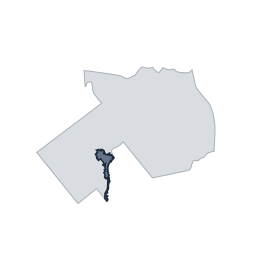 Las Cruces, Petén, Guatemala shown in context, rotated 231°
{"feature_id": "79465075B61221719902426", "entity_name": "Las Cruces", "entity_type": "district", "adm_level": 2, "iso_a3": "GTM", "parent_name": "Guatemala", "parent_adm1": "Petén", "projection": "natural_earth1", "projection_center": [-90.704, 16.86], "detail": "fine", "context": "in_parent", "style": "filled", "palette": "slate", "viewbox_px": 256, "rotation_deg": 231, "n_neighbors": 0, "source": "geoboundaries", "source_scale": "gbopen_adm2", "svg_char_len": 5538}
<svg xmlns="http://www.w3.org/2000/svg" viewBox="0 0 256 256"><g transform="rotate(231 128 128)"><path d="M55.7,180.2L56.6,179.1L57.4,176.6L58.4,174.0L57.8,171.0L57.5,168.6L58.6,165.1L58.5,162.5L59.0,160.8L60.7,159.8L61.5,157.8L56.9,150.8L56.9,149.3L57.5,147.3L61.3,139.9L65.8,131.1L70.8,121.4L73.8,115.6L84.7,115.6L91.9,115.6L101.1,115.6L111.0,115.6L117.6,115.6L120.3,115.5L119.8,111.7L120.2,107.5L121.4,103.7L121.4,102.0L119.4,99.9L115.6,98.8L113.5,96.9L113.5,94.6L112.6,91.8L110.8,88.6L107.0,85.2L101.2,81.8L96.3,77.2L92.3,71.5L88.9,67.7L86.2,66.2L85.6,65.4L93.3,65.4L100.6,65.5L100.7,57.2L100.7,49.9L100.8,41.6L114.0,41.6L129.7,41.6L146.1,41.7L158.9,41.7L166.5,41.7L166.1,52.0L165.8,63.9L165.5,72.6L165.1,84.3L164.7,96.2L164.2,112.5L163.9,123.0L164.1,123.3L168.4,122.8L174.7,123.2L176.3,123.2L178.2,124.1L179.7,124.4L183.0,126.8L186.8,128.6L189.2,124.9L187.9,122.8L187.0,121.6L187.1,120.7L200.3,130.0L198.8,131.5L195.4,134.8L189.3,140.5L183.9,145.6L178.7,150.3L173.9,154.5L173.4,154.9L167.4,157.8L166.4,159.2L165.1,165.1L164.5,166.6L165.6,169.9L166.7,174.9L166.4,177.6L162.2,180.8L160.3,183.7L159.5,185.6L158.7,185.1L157.5,185.0L154.5,185.7L153.1,185.9L151.9,186.7L151.7,188.5L152.5,191.5L152.8,193.0L152.0,193.7L148.3,195.5L146.9,197.3L145.5,200.0L143.9,201.1L142.3,200.9L141.1,201.3L138.5,203.3L134.7,207.3L132.7,210.2L132.6,212.4L133.0,214.4L119.1,207.4L114.5,206.2L95.0,206.4L86.7,203.7L77.1,198.4L70.7,193.6L55.7,180.2Z" fill="#d9dde1" stroke="#a8b0b8" stroke-width="1"/><path d="M87.9,65.6L84.4,65.6L84.6,66.3L84.7,66.5L84.8,66.9L85.1,67.3L85.5,67.5L86.3,67.5L86.7,67.5L86.9,67.6L87.2,68.0L87.5,68.1L87.8,68.7L87.8,68.9L87.7,69.3L88.0,69.5L88.2,69.4L88.4,68.7L88.5,68.5L88.9,68.5L89.2,68.6L89.5,68.6L90.0,68.7L90.3,68.6L90.6,68.9L90.8,69.0L90.9,69.3L90.8,69.6L90.6,69.9L90.5,70.3L90.6,71.2L90.7,71.6L90.9,71.8L91.2,71.9L91.9,71.9L92.2,72.2L92.5,72.8L92.6,73.5L92.6,73.9L92.8,74.0L93.0,74.3L93.4,74.6L94.0,75.5L94.6,75.9L94.9,76.0L95.3,75.9L95.6,75.9L95.8,76.0L96.0,76.1L96.0,76.4L95.9,76.9L95.9,77.0L96.0,77.2L96.1,77.3L96.4,77.4L96.7,77.6L96.8,77.7L96.9,78.2L97.0,78.3L97.4,78.5L97.5,78.6L97.7,78.9L97.8,79.1L98.0,79.4L98.0,79.5L97.7,79.8L97.7,80.0L98.0,80.3L98.2,80.5L98.9,80.6L100.1,81.1L100.4,81.3L100.6,81.4L100.6,81.6L100.7,81.9L100.8,82.0L100.9,81.9L101.0,81.7L101.0,81.4L100.9,80.8L100.9,80.7L101.1,80.4L101.3,80.3L101.6,80.4L101.8,80.5L102.0,80.9L102.0,81.1L101.8,81.3L101.5,81.6L101.3,81.7L101.3,81.9L101.3,82.0L101.5,82.1L102.0,81.9L102.6,82.1L102.8,82.2L102.8,82.3L102.7,82.8L102.8,82.9L102.8,83.0L103.0,83.2L103.1,83.6L103.2,83.8L103.4,83.8L104.0,83.6L104.5,83.6L104.8,83.7L105.4,84.1L105.5,84.7L105.7,84.8L106.1,84.8L107.3,84.7L107.5,84.8L107.5,85.1L107.4,85.3L107.4,85.6L107.5,85.6L108.3,86.0L108.7,86.1L109.0,86.3L109.1,86.6L109.3,86.9L110.3,87.6L110.6,87.7L110.8,87.9L110.9,88.1L110.8,88.4L110.8,88.6L111.7,89.3L111.9,90.5L112.1,90.8L112.4,91.1L112.6,91.4L112.6,91.6L112.5,91.8L112.5,92.2L112.7,92.7L112.8,93.0L112.8,93.3L112.7,93.4L112.6,93.5L112.4,93.6L112.3,93.8L112.4,94.0L112.6,94.1L112.9,94.1L113.1,94.1L113.2,93.9L113.2,93.6L113.2,93.4L113.3,93.4L113.5,93.5L113.8,94.1L113.7,94.2L113.3,94.4L113.2,94.6L113.0,94.8L113.0,95.3L113.0,95.5L113.1,95.8L113.1,96.6L113.2,96.8L113.4,96.8L113.5,96.8L114.0,96.5L114.3,96.6L114.4,96.8L114.5,97.1L114.5,97.4L114.5,97.5L114.3,97.7L114.1,97.8L113.8,97.9L113.6,97.8L113.4,98.0L113.5,98.3L113.8,98.4L114.0,98.4L114.2,98.0L114.3,97.9L114.6,97.9L114.9,97.9L115.0,97.9L114.9,98.2L114.9,98.5L115.0,98.6L115.5,98.6L115.8,98.5L116.1,98.3L116.7,98.2L116.8,98.2L117.0,98.1L117.4,98.1L117.6,98.3L117.7,98.1L117.6,97.9L117.6,97.4L117.7,97.1L118.0,96.8L118.0,96.7L118.3,96.7L118.4,96.8L118.6,97.1L118.8,97.0L118.9,96.7L119.1,96.3L119.4,96.4L119.6,96.5L119.7,97.2L119.7,97.5L119.7,97.8L119.8,98.0L120.2,98.1L120.3,98.0L120.3,97.9L120.1,97.5L120.1,97.1L120.2,96.6L120.3,96.0L120.4,95.7L120.3,95.4L120.2,95.5L119.9,95.7L119.6,95.6L119.5,95.4L119.7,95.2L120.3,94.8L120.5,94.8L120.8,94.9L121.1,94.8L121.2,94.6L121.2,94.3L121.3,94.2L121.6,94.1L122.1,94.1L122.6,94.1L122.9,94.2L123.0,94.2L122.6,93.2L122.8,93.0L123.3,93.1L123.7,93.1L123.8,93.1L124.1,93.4L124.1,93.6L123.9,93.8L123.7,93.7L123.6,93.8L123.5,94.0L123.6,94.3L123.9,94.1L124.1,94.1L125.1,95.1L125.3,95.0L125.3,94.9L125.2,94.8L125.3,94.7L125.4,94.4L125.5,94.4L125.8,94.4L126.2,94.6L126.6,94.6L127.0,94.8L127.1,94.7L127.1,94.3L127.2,94.2L127.4,94.4L127.5,94.4L127.7,94.0L127.8,93.9L127.7,93.8L127.8,93.7L127.7,93.5L127.6,93.4L127.8,93.4L127.7,93.3L127.8,93.2L127.7,93.2L127.8,93.2L127.7,93.1L127.7,92.9L127.7,92.7L127.7,92.2L127.8,92.2L128.0,92.1L128.2,91.9L128.3,91.9L128.4,92.0L128.5,91.9L128.7,91.7L129.1,91.8L129.2,91.7L129.3,91.7L129.8,91.6L130.4,90.6L130.4,90.4L130.4,89.8L130.6,89.5L128.6,89.5L128.5,88.3L127.9,88.3L127.9,87.5L128.1,87.5L128.1,86.8L128.2,86.2L127.6,86.1L126.3,86.0L126.2,86.0L126.2,85.8L125.4,85.8L125.3,85.5L125.1,85.5L125.1,85.3L124.8,85.1L124.5,84.9L124.5,85.0L124.3,85.0L124.3,84.9L124.2,84.9L124.2,85.2L122.7,85.0L122.7,84.7L121.3,84.7L121.3,87.3L118.1,87.3L115.1,87.0L115.2,86.9L115.3,85.2L114.6,85.2L114.6,85.5L114.2,85.5L114.3,85.9L114.2,85.9L114.2,87.7L113.9,87.2L113.3,86.3L113.4,86.1L113.2,86.0L113.0,86.4L112.9,86.4L112.6,86.1L112.7,85.7L111.9,85.3L110.1,84.7L110.6,83.6L110.4,83.5L110.0,83.0L108.5,83.0L108.6,81.2L105.9,80.6L105.2,79.6L104.9,79.2L104.4,78.8L104.1,78.6L103.8,78.8L103.7,78.8L103.5,79.0L103.4,79.0L103.5,79.1L103.4,79.3L103.0,79.5L102.8,79.7L102.8,79.8L100.1,79.5L97.0,76.8L93.3,73.3L91.8,69.2L91.2,68.6L87.9,65.6Z" fill="#64748b" stroke="#1e293b" stroke-width="1.5"/></g></svg>